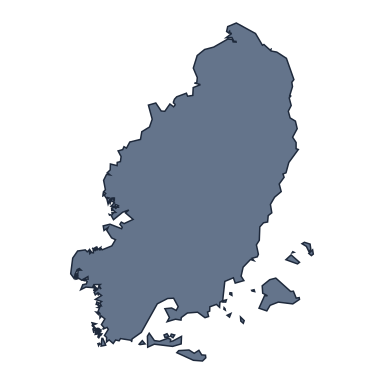 outline of Guimaras, Guimaras, Philippines
{"feature_id": "2640588B8298467794963", "entity_name": "Guimaras", "entity_type": "district", "adm_level": 2, "iso_a3": "PHL", "parent_name": "Philippines", "parent_adm1": "Guimaras", "projection": "albers", "projection_center": [122.576, 10.57], "detail": "fine", "context": "isolated", "style": "filled", "palette": "slate", "viewbox_px": 384, "rotation_deg": 0, "n_neighbors": 0, "source": "geoboundaries", "source_scale": "gbopen_adm2", "svg_char_len": 5976}
<svg xmlns="http://www.w3.org/2000/svg" viewBox="0 0 384 384"><path d="M236.3,23.0L227.7,26.6L226.6,31.5L229.0,33.2L229.7,32.8L229.3,31.5L229.6,31.2L229.9,33.0L231.2,33.3L231.3,33.8L226.1,37.7L231.9,37.5L233.9,41.3L236.0,41.4L236.1,42.1L233.1,41.9L232.4,39.5L227.7,39.1L213.7,47.1L204.6,49.5L197.2,55.5L193.3,68.1L197.3,77.6L196.7,83.3L195.2,82.8L195.0,83.2L199.8,84.4L199.9,84.9L193.2,87.6L192.8,95.4L187.6,96.2L186.4,93.2L176.7,96.8L174.5,99.2L173.3,102.3L173.8,101.5L173.4,102.8L174.8,104.0L175.1,104.6L174.9,105.3L173.6,106.8L169.9,104.0L164.8,111.3L161.2,111.0L155.8,103.0L148.4,105.1L152.2,119.2L149.5,127.0L141.8,131.7L140.5,139.4L129.8,142.0L126.5,148.1L124.0,146.7L122.7,149.6L118.1,150.9L121.1,156.6L120.4,161.6L117.2,162.4L117.1,165.6L110.4,164.0L110.2,169.9L107.3,172.7L110.0,174.9L106.6,174.3L103.6,180.3L105.4,189.7L103.6,191.7L105.7,193.5L104.2,195.0L106.5,198.4L107.3,197.5L108.9,197.9L106.9,199.1L108.1,204.1L109.9,199.3L111.7,198.2L111.8,198.6L112.4,198.1L113.8,197.9L114.4,198.0L114.3,201.5L113.0,198.3L110.7,200.2L114.3,202.7L111.1,206.2L115.2,206.5L115.3,204.4L118.2,205.6L116.3,207.0L119.3,207.2L115.8,207.3L116.1,209.0L114.9,207.2L111.6,208.0L111.8,211.2L112.5,209.5L115.7,212.4L111.2,212.9L113.3,213.1L111.3,215.7L113.5,219.7L122.7,212.2L128.8,210.0L125.5,212.9L133.1,219.4L124.1,223.6L121.3,222.1L119.9,224.3L122.2,227.2L121.6,228.7L110.0,224.2L103.2,225.9L104.0,230.5L108.1,227.5L106.8,230.4L111.6,237.9L115.5,239.7L111.8,245.9L102.2,249.8L101.0,248.3L100.6,249.7L99.8,249.8L100.6,247.5L97.5,249.6L96.9,246.5L97.1,248.0L96.3,250.3L96.0,247.2L94.2,248.3L95.8,251.0L92.3,247.9L94.4,251.3L93.2,249.7L93.4,252.8L92.0,252.8L90.2,250.3L90.4,253.1L89.8,253.7L88.9,250.2L87.2,251.8L85.3,249.9L77.6,251.0L72.7,258.1L70.7,273.8L74.1,278.5L75.2,274.0L77.2,269.6L79.3,268.5L81.1,270.1L78.2,270.2L77.8,273.5L75.4,274.4L77.1,276.2L78.0,274.4L77.7,277.6L81.7,280.2L87.9,276.6L88.1,279.2L84.5,279.2L87.1,281.5L86.4,283.9L82.8,284.7L80.7,289.7L85.9,287.1L92.4,287.6L93.9,284.6L100.3,284.5L99.0,285.7L101.1,289.0L98.6,286.9L97.6,289.3L94.5,286.1L93.3,287.8L96.5,289.0L93.1,290.3L96.4,290.2L94.1,292.2L95.3,294.9L97.5,293.1L98.5,295.5L98.6,293.2L101.6,295.5L95.4,299.4L101.6,301.5L99.9,302.9L101.3,305.8L97.6,305.1L99.7,306.6L97.7,307.5L99.5,307.8L98.0,311.5L99.9,313.4L100.0,317.9L101.5,316.1L104.9,318.9L101.4,324.6L104.0,327.6L102.6,329.3L107.0,327.4L108.3,329.3L104.5,335.5L106.6,337.4L106.5,342.0L109.1,339.9L113.2,343.5L115.6,340.0L119.1,340.8L120.5,338.6L131.3,340.3L131.6,342.0L132.1,338.9L141.3,332.4L157.3,303.8L167.6,298.5L173.6,298.2L178.2,306.7L176.2,310.4L171.6,308.0L164.9,308.7L169.4,317.5L167.1,321.7L175.5,319.2L181.0,320.1L181.3,317.5L187.4,313.0L197.6,312.2L205.0,317.7L208.6,316.5L207.5,312.1L209.7,311.1L209.8,306.8L216.4,304.4L219.6,307.3L219.9,302.3L222.7,300.5L224.8,281.4L233.4,277.8L235.2,283.1L243.9,280.6L241.1,276.2L243.1,267.2L250.5,259.5L253.9,260.6L252.0,258.3L257.3,256.8L258.4,254.3L256.4,244.9L259.3,240.3L259.8,226.9L263.5,222.8L267.6,222.0L268.2,215.6L271.8,212.8L270.4,204.4L274.6,197.2L281.2,191.6L279.2,184.0L284.1,177.3L283.0,174.0L286.0,172.8L288.8,162.5L298.3,149.5L296.1,148.7L296.1,142.5L292.6,137.2L297.2,128.7L295.4,121.1L290.1,117.9L288.3,111.2L291.2,105.5L289.2,97.9L291.2,95.5L290.1,96.3L289.6,96.0L292.5,86.6L291.8,82.3L293.9,79.6L286.4,58.3L276.8,52.1L271.1,51.0L263.9,44.5L262.4,45.2L255.5,33.5L236.3,23.0ZM290.7,291.5L275.8,278.1L269.7,279.7L262.2,285.8L262.7,293.2L267.5,295.8L264.5,295.8L259.0,308.2L266.8,310.9L270.1,305.3L278.3,302.1L292.8,303.9L299.5,299.4L299.2,297.6L296.2,298.1L293.4,291.2L290.7,291.5ZM154.4,340.6L149.2,333.2L147.4,336.2L147.7,347.2L154.3,344.2L172.6,346.4L181.2,343.9L181.5,336.4L172.8,341.0L170.4,341.6L170.7,339.3L167.9,338.3L159.6,341.3L154.4,340.6ZM189.0,350.0L178.7,350.6L176.8,352.7L193.4,360.3L202.5,361.0L205.8,357.8L205.5,355.2L201.7,354.9L198.9,350.3L194.2,353.3L189.0,350.0ZM299.5,262.3L291.1,254.9L285.9,259.7L297.5,263.9L299.5,262.3ZM304.4,242.3L302.0,243.7L306.4,246.4L308.9,251.6L310.8,249.3L310.1,244.1L304.4,242.3ZM105.7,345.2L102.8,338.4L101.9,338.4L101.1,346.1L105.7,345.2ZM311.4,255.6L313.3,254.1L312.6,249.9L308.8,253.4L311.4,255.6ZM145.1,343.9L142.3,340.6L139.1,344.2L139.9,344.6L145.1,343.9ZM167.0,333.7L164.0,335.0L165.0,337.5L169.0,336.7L167.0,333.7ZM96.1,323.8L91.1,322.5L93.0,323.1L92.2,325.7L94.4,327.9L92.9,329.0L93.9,332.9L93.8,329.1L95.2,327.9L92.9,325.3L96.1,323.8ZM243.3,323.3L244.2,320.6L240.5,317.0L240.8,321.1L243.3,323.3ZM173.0,337.7L174.7,335.0L171.3,334.1L170.5,336.1L173.0,337.7ZM229.5,317.1L230.9,313.5L227.1,315.3L229.5,317.1ZM97.3,331.4L97.3,329.9L96.1,330.5L95.2,334.4L98.5,333.8L96.2,333.8L96.0,333.0L98.4,332.9L97.3,331.4ZM231.9,295.4L231.7,292.9L230.0,292.7L229.7,294.2L231.9,295.4ZM254.7,291.6L254.1,289.7L251.6,290.3L252.0,291.0L254.7,291.6ZM100.1,331.6L98.6,334.2L100.9,335.2L101.8,333.9L99.9,333.9L100.1,331.6ZM100.0,329.1L97.3,328.1L98.1,329.0L96.4,329.2L95.6,330.2L96.2,329.6L100.0,329.1ZM96.9,301.9L96.2,304.4L98.6,304.6L98.9,303.0L96.9,301.9ZM226.4,299.8L222.3,300.9L222.3,302.0L225.7,302.1L226.4,299.8ZM100.9,329.8L98.3,330.7L100.9,331.4L100.9,329.8ZM98.7,312.5L96.1,312.1L98.3,314.4L98.7,312.5ZM103.5,195.6L103.3,192.3L102.9,195.9L103.5,195.6ZM77.8,278.7L76.2,277.2L75.6,277.4L75.9,279.2L77.8,278.7ZM98.6,334.5L97.9,337.0L98.8,337.8L99.9,335.9L98.6,334.5ZM110.9,201.4L109.2,201.4L110.1,203.5L110.9,201.4ZM292.1,252.8L294.0,252.3L292.8,251.7L292.1,252.8ZM225.3,310.1L225.0,308.7L224.1,307.7L223.9,309.2L225.3,310.1ZM100.3,344.4L98.9,342.7L99.3,344.0L100.3,344.4ZM84.2,280.6L83.5,279.3L82.7,280.2L84.2,280.6ZM97.1,328.5L95.2,328.6L95.8,329.5L97.1,328.5ZM99.3,344.2L98.0,343.9L98.6,345.6L99.3,344.2ZM98.9,331.8L97.5,331.6L98.5,332.2L98.9,331.8ZM110.4,214.8L109.2,214.4L109.5,215.1L110.4,214.8ZM76.0,276.0L75.2,275.4L75.4,276.9L76.0,276.0ZM271.0,49.3L270.1,49.8L270.8,50.3L271.0,49.3ZM233.9,41.4L233.0,41.3L233.6,41.7L233.9,41.4ZM95.5,330.4L94.7,330.4L95.4,330.9L95.5,330.4Z" fill="#64748b" stroke="#1e293b" stroke-width="1.5"/></svg>